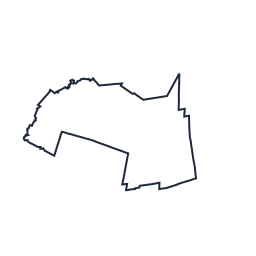 Vinh Thanh, Can Tho, Vietnam, rotated 219°
{"feature_id": "81297802B96455619083063", "entity_name": "Vinh Thanh", "entity_type": "district", "adm_level": 2, "iso_a3": "VNM", "parent_name": "Vietnam", "parent_adm1": "Can Tho", "projection": "robinson", "projection_center": [105.44, 10.207], "detail": "fine", "context": "isolated", "style": "outline", "palette": "slate", "viewbox_px": 256, "rotation_deg": 219, "n_neighbors": 0, "source": "geoboundaries", "source_scale": "gbopen_adm2", "svg_char_len": 4890}
<svg xmlns="http://www.w3.org/2000/svg" viewBox="0 0 256 256"><g transform="rotate(219 128 128)"><path d="M212.5,108.1L212.0,107.9L211.7,107.8L211.9,102.9L212.2,96.0L212.5,89.3L209.8,89.6L209.7,89.6L210.8,86.2L210.4,86.3L209.2,82.4L208.6,80.7L208.2,78.9L207.8,78.6L207.6,78.5L206.8,78.1L206.4,78.0L206.0,78.0L205.9,78.0L205.8,77.9L205.8,77.7L205.7,77.5L205.7,77.3L205.7,77.1L205.6,76.8L205.6,76.7L205.2,76.6L205.1,76.4L204.7,76.0L204.5,75.8L204.5,75.7L204.4,75.4L204.5,75.3L204.8,75.5L204.9,75.4L205.0,75.3L205.0,75.2L204.9,75.0L204.9,74.9L205.0,74.7L205.1,73.5L204.9,72.7L204.7,70.7L204.3,70.6L204.1,69.9L204.0,69.3L206.0,68.4L205.7,67.5L205.3,65.6L205.0,65.1L205.2,64.7L205.3,64.8L205.8,64.3L205.8,64.1L205.7,63.7L205.4,63.3L204.7,62.7L204.4,62.6L204.2,62.3L204.1,62.1L204.0,61.9L203.8,61.7L203.5,61.4L203.0,60.7L202.8,60.5L202.5,60.3L202.2,59.9L201.9,59.7L201.6,59.7L201.4,59.7L201.5,59.6L201.6,59.4L201.7,59.2L201.8,58.8L202.0,58.8L202.4,58.7L202.5,58.6L202.9,58.5L203.1,58.3L203.2,58.2L203.0,57.7L202.9,57.4L202.6,57.2L202.7,56.9L202.5,55.9L202.7,55.7L202.9,55.7L203.0,55.6L202.9,55.4L202.7,55.3L202.7,55.2L202.7,54.8L202.7,54.7L202.4,54.5L202.3,54.4L202.2,54.3L202.2,54.2L200.6,53.4L198.5,55.3L198.1,54.6L194.0,54.7L193.6,55.1L188.0,56.2L186.6,56.4L186.4,56.5L185.4,57.0L185.1,57.3L184.7,57.6L184.3,57.7L184.2,57.8L184.1,58.0L183.9,58.1L183.7,58.2L183.4,57.5L183.2,56.7L182.7,57.0L182.2,57.3L182.0,57.5L181.8,57.6L181.7,57.8L181.3,58.2L181.0,58.4L181.0,58.6L181.0,58.8L178.5,57.9L178.2,58.0L174.8,58.7L169.9,59.6L167.9,60.0L169.9,65.2L171.6,69.3L172.9,72.7L174.1,75.9L174.2,76.1L175.2,78.8L175.6,79.6L175.8,79.8L176.5,81.9L177.0,83.5L176.5,83.7L174.3,84.7L173.3,85.1L173.0,85.2L171.9,85.7L171.0,86.1L170.3,86.3L169.9,86.4L169.7,86.5L169.3,86.9L168.8,87.1L167.5,87.6L162.6,89.7L152.9,93.9L150.2,95.1L148.5,95.8L141.4,98.1L137.2,99.6L135.5,100.2L133.6,100.9L130.3,102.0L130.0,102.1L126.6,103.2L121.3,105.1L120.7,105.3L114.6,107.4L111.9,108.4L111.1,107.0L108.8,102.6L108.2,101.6L106.2,97.8L104.8,95.3L103.2,92.3L101.3,88.9L98.1,82.8L97.4,81.4L96.9,80.5L93.5,84.0L92.6,82.4L90.4,78.4L90.1,78.5L88.6,80.3L87.1,82.1L84.1,85.1L84.5,85.7L81.7,88.8L82.6,90.4L82.0,91.0L74.3,99.2L69.1,105.2L65.3,100.2L60.4,105.5L58.6,108.2L54.0,115.2L54.2,115.4L51.2,120.1L48.0,124.7L47.6,125.3L47.2,125.9L46.8,126.4L43.5,131.8L47.4,135.5L51.7,139.9L57.8,145.0L66.5,153.1L67.4,153.8L70.4,156.7L70.5,156.9L70.6,157.0L70.9,157.1L72.6,158.6L73.9,159.6L74.8,160.6L77.6,163.6L80.6,166.9L83.1,169.8L88.3,175.9L91.5,172.3L93.7,175.2L93.5,175.4L95.2,177.5L96.0,178.6L100.0,174.0L104.2,179.3L105.5,181.1L108.0,184.1L109.6,186.0L112.1,189.3L114.5,192.4L116.6,195.3L119.8,199.3L121.7,201.9L122.1,202.3L122.3,202.6L121.9,200.0L118.6,181.9L117.8,177.4L124.2,170.3L126.2,168.1L127.6,166.5L130.1,163.8L133.8,159.6L134.0,159.5L135.5,159.4L141.8,159.0L144.2,158.9L145.0,158.9L145.9,157.5L146.1,157.5L146.6,157.4L152.6,156.9L157.3,156.6L160.3,156.3L160.7,158.8L162.7,156.9L165.4,154.4L166.6,153.2L169.5,150.3L172.3,147.6L175.4,144.6L177.1,142.9L179.5,143.2L180.5,143.5L183.1,143.8L184.8,144.0L184.8,144.3L186.5,144.5L186.5,144.2L186.5,143.5L186.4,142.6L186.8,142.2L187.0,142.2L187.3,141.9L187.3,141.7L187.2,141.6L187.1,141.4L187.0,141.2L187.2,140.9L187.3,141.0L187.5,141.1L188.3,141.1L188.6,141.1L188.8,141.3L189.0,141.5L189.3,141.4L189.6,141.2L189.8,140.9L190.2,140.5L190.4,140.1L190.5,140.0L190.8,140.0L191.0,140.0L191.2,139.9L191.5,139.5L191.6,139.4L192.3,139.0L193.1,138.6L193.3,138.5L193.6,138.5L193.8,138.2L193.9,137.8L193.9,137.6L194.1,137.4L194.5,137.0L194.8,136.9L195.0,136.8L195.1,136.6L195.2,136.2L195.3,135.9L195.3,135.7L195.1,135.0L195.1,134.8L195.1,134.6L195.2,134.4L195.4,134.2L195.9,133.7L196.1,133.5L196.4,133.1L196.5,132.9L196.6,132.6L196.6,132.4L196.5,132.2L196.4,131.8L196.3,131.4L196.3,131.0L196.3,130.8L196.4,130.4L196.4,130.2L196.5,130.0L196.8,129.7L197.0,129.4L197.5,129.3L197.8,129.2L198.1,128.8L198.3,128.9L198.7,128.8L198.7,128.7L198.8,128.8L198.9,129.0L199.1,129.1L199.1,129.4L199.0,129.9L199.0,130.0L199.3,130.3L199.5,130.6L199.7,130.8L199.8,130.9L200.0,130.9L201.2,130.2L201.6,130.4L202.7,128.5L201.5,127.8L200.8,127.4L200.1,127.1L200.8,125.2L200.9,124.8L200.6,124.9L200.4,125.0L200.4,124.9L200.2,124.8L200.2,124.7L200.3,123.9L200.3,123.7L200.2,123.4L200.1,123.2L199.8,123.0L199.7,123.0L199.3,123.0L199.2,122.9L199.1,122.6L199.3,122.3L199.5,122.3L199.8,122.4L200.0,122.5L200.2,122.4L200.5,122.2L200.7,121.8L200.7,121.7L200.4,121.4L200.2,121.4L199.9,121.5L199.7,121.5L199.6,121.4L199.6,121.1L199.7,120.7L199.9,120.4L200.1,120.3L200.3,120.2L200.6,120.2L201.2,120.3L201.6,120.4L201.9,120.3L202.0,120.3L202.4,120.3L204.5,114.9L205.0,113.8L205.4,113.2L205.5,113.1L205.4,112.9L205.0,112.6L204.9,112.5L204.9,112.4L204.8,112.1L204.8,111.8L204.8,111.3L205.0,111.3L205.9,111.6L206.1,111.6L206.6,110.4L206.8,108.9L207.4,108.9L212.4,108.8L212.5,108.1Z" fill="none" stroke="#1e293b" stroke-width="2"/></g></svg>